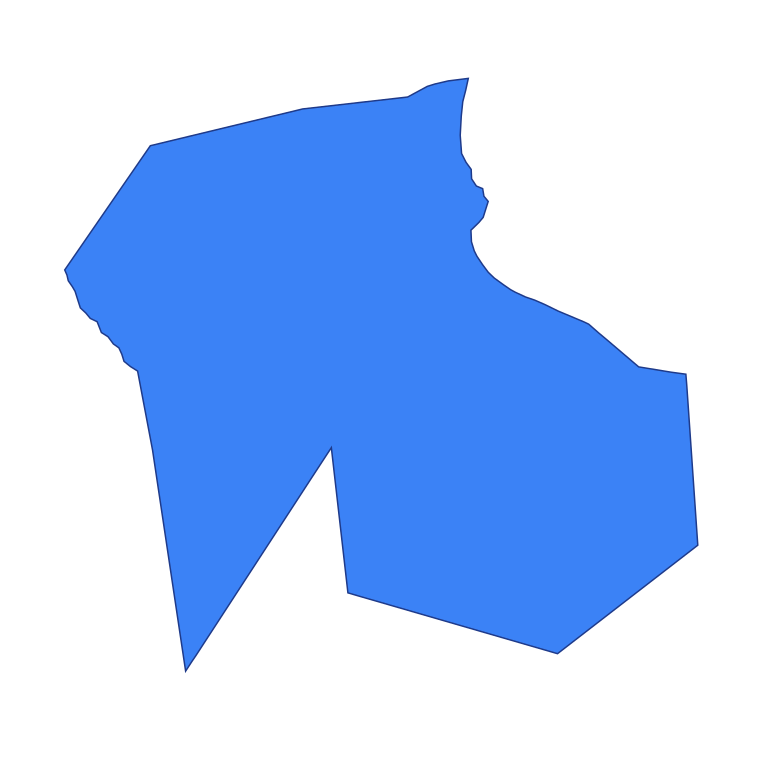 São Miguel do Fidalgo, Piauí, Brazil (orthographic projection), rotated 82°
{"feature_id": "56859067B99760501639762", "entity_name": "São Miguel do Fidalgo", "entity_type": "district", "adm_level": 2, "iso_a3": "BRA", "parent_name": "Brazil", "parent_adm1": "Piauí", "projection": "orthographic", "projection_center": [-42.377, -7.594], "detail": "fine", "context": "isolated", "style": "filled", "palette": "blue", "viewbox_px": 768, "rotation_deg": 82, "n_neighbors": 0, "source": "geoboundaries", "source_scale": "gbopen_adm2", "svg_char_len": 1036}
<svg xmlns="http://www.w3.org/2000/svg" viewBox="0 0 768 768"><g transform="rotate(82 384 384)"><path d="M416.3,83.7L412.3,97.9L402.5,129.4L369.6,158.6L363.2,164.4L353.2,173.0L350.3,177.4L336.0,201.4L328.0,213.2L321.9,223.1L317.5,231.8L311.4,241.2L308.2,245.5L302.5,251.7L294.5,260.0L287.9,265.2L279.5,269.8L270.4,274.2L264.7,276.1L255.3,277.6L243.8,276.5L237.2,267.5L232.8,262.6L217.7,255.4L212.0,258.9L204.3,259.1L200.8,265.0L193.0,268.7L183.6,267.8L175.9,271.9L166.6,275.1L148.3,273.9L129.5,270.2L115.4,266.7L104.2,262.1L93.1,258.0L92.8,278.3L94.0,291.8L95.3,299.7L99.7,311.5L103.1,320.7L100.3,426.2L115.5,582.2L226.6,684.3L232.0,682.8L237.8,682.3L244.4,679.0L249.3,677.0L259.5,675.3L266.4,674.1L272.2,669.4L278.2,665.7L282.4,659.4L293.7,656.7L298.8,650.7L306.7,646.4L311.3,641.5L318.0,639.5L325.4,638.3L331.4,632.7L336.9,626.2L417.1,622.4L640.7,620.4L632.1,612.9L626.7,608.0L467.7,469.5L439.7,445.0L585.8,448.8L591.2,436.9L675.2,249.7L587.3,95.7L428.0,84.4L416.3,83.7Z" fill="#3b82f6" stroke="#1e3a8a" stroke-width="1.5"/></g></svg>